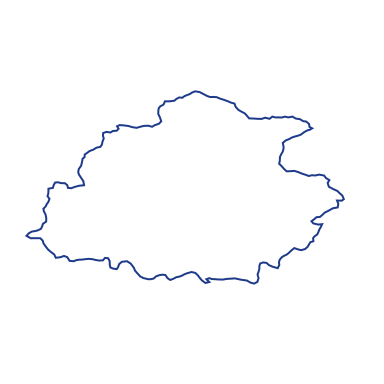 outline of Pitangui, Minas Gerais, Brazil, rotated 285°
{"feature_id": "56859067B91667703036850", "entity_name": "Pitangui", "entity_type": "district", "adm_level": 2, "iso_a3": "BRA", "parent_name": "Brazil", "parent_adm1": "Minas Gerais", "projection": "equal_earth", "projection_center": [-44.886, -19.589], "detail": "fine", "context": "isolated", "style": "outline", "palette": "blue", "viewbox_px": 384, "rotation_deg": 285, "n_neighbors": 0, "source": "geoboundaries", "source_scale": "gbopen_adm2", "svg_char_len": 3576}
<svg xmlns="http://www.w3.org/2000/svg" viewBox="0 0 384 384"><g transform="rotate(285 192 192)"><path d="M224.4,340.5L227.5,338.1L228.8,335.4L230.6,332.2L231.4,327.6L232.5,322.8L235.9,320.7L239.0,321.6L240.2,317.7L242.1,315.3L241.7,310.3L239.9,306.9L239.2,303.4L237.7,300.7L238.0,297.5L238.2,293.4L238.7,289.8L238.9,285.4L237.6,281.8L236.5,278.0L238.2,274.8L240.3,271.7L241.8,268.9L245.2,268.7L248.5,267.9L251.1,268.3L254.5,269.2L257.9,269.2L260.1,268.4L262.9,267.0L266.0,269.1L268.4,272.3L270.4,274.3L272.3,277.1L273.8,279.8L275.7,282.4L278.8,284.8L281.4,287.5L282.8,289.9L284.6,291.6L285.3,288.6L288.0,287.5L289.6,284.1L289.2,281.0L290.3,277.3L289.8,273.3L290.8,269.5L289.0,265.7L288.8,262.1L287.2,259.5L286.5,256.4L285.6,253.1L285.6,250.1L282.8,248.0L282.7,243.4L280.6,240.3L279.6,236.1L278.8,232.0L277.9,228.1L280.1,225.0L281.6,222.6L282.4,219.0L283.3,215.6L285.5,212.2L288.4,210.2L288.4,206.7L288.9,203.4L289.3,199.0L289.5,194.4L290.0,191.4L289.4,188.2L288.4,184.9L288.7,181.5L289.6,177.6L290.5,173.5L290.1,169.1L288.2,166.4L286.0,164.5L284.5,162.3L282.6,159.9L280.5,158.2L280.0,155.1L277.9,152.9L275.6,151.3L273.8,146.9L272.6,142.4L269.1,141.9L266.5,139.2L264.4,138.2L262.0,138.4L258.7,139.2L255.5,141.9L252.3,144.0L249.4,142.4L246.8,138.6L244.7,136.6L244.7,132.7L243.5,128.7L242.0,125.8L239.6,121.8L239.2,117.6L239.3,113.6L238.7,109.0L237.9,104.8L236.1,102.6L234.1,104.7L231.7,103.4L230.4,99.7L228.4,97.9L227.9,93.7L225.9,90.9L223.4,91.4L220.8,92.9L217.3,92.5L214.6,92.7L211.9,91.8L210.1,88.3L207.3,85.6L205.0,82.4L202.9,80.8L200.5,78.7L197.8,79.2L195.8,77.7L192.6,78.0L188.7,78.1L184.9,76.7L181.8,76.9L179.5,78.4L177.2,81.0L174.4,84.2L170.6,86.0L168.8,81.3L166.7,77.6L164.4,74.4L163.9,71.1L166.3,69.8L167.6,67.0L166.7,63.3L166.7,60.1L165.7,57.3L162.7,56.6L160.0,56.6L158.0,52.5L155.7,53.1L153.2,53.6L150.6,53.5L148.5,56.1L145.1,55.8L142.6,54.8L140.2,54.4L137.3,52.8L135.1,53.9L132.4,56.3L129.3,57.9L125.7,58.8L122.7,56.3L119.8,56.1L117.3,55.6L114.9,52.8L113.5,50.2L112.3,47.5L109.8,45.0L106.8,43.5L105.6,48.2L106.9,53.0L108.1,57.3L106.4,60.4L104.1,61.7L101.8,64.4L99.3,67.7L97.6,71.1L96.0,75.1L93.2,77.5L95.0,81.9L97.1,84.9L96.8,88.3L93.8,91.6L94.5,95.6L96.3,98.0L97.4,100.5L98.3,103.4L99.4,106.1L100.6,109.2L101.3,112.8L101.4,116.3L101.7,119.8L102.9,123.6L105.8,125.0L106.3,128.2L103.9,130.4L100.6,131.3L98.0,132.7L97.6,135.6L98.0,139.2L100.2,140.0L103.5,140.3L106.4,142.3L108.3,147.1L107.0,151.3L105.4,153.4L103.6,155.6L101.3,157.3L99.3,160.3L97.0,163.9L96.3,167.4L96.4,172.0L97.2,175.0L98.5,177.4L101.1,179.0L103.2,181.9L104.5,184.8L104.9,187.8L102.5,190.6L101.4,193.7L103.0,196.0L105.7,199.0L107.0,201.7L108.6,204.0L110.4,205.8L112.2,208.2L114.6,212.3L114.7,216.1L113.2,219.0L111.2,221.5L109.2,224.4L107.6,228.5L109.5,232.0L111.5,228.5L113.2,230.9L113.1,233.9L113.8,237.1L114.3,239.9L115.4,244.5L117.1,248.2L118.3,251.8L119.7,255.9L119.9,261.1L120.2,264.1L120.7,267.9L119.6,272.0L119.6,275.7L122.1,278.4L126.0,278.6L129.2,276.7L131.9,276.9L135.0,277.0L138.0,276.2L140.6,276.4L142.4,279.0L142.8,282.4L141.3,285.2L140.7,289.1L140.6,294.5L144.1,295.2L146.6,294.2L149.2,294.2L152.2,295.6L154.0,297.2L155.7,299.3L157.6,300.9L161.1,303.0L164.3,305.3L164.0,309.4L164.1,312.6L166.3,316.1L169.1,317.9L171.3,318.5L174.1,319.3L175.9,322.0L178.8,320.9L181.1,322.0L183.3,323.9L185.7,324.4L188.5,324.7L192.2,325.6L194.6,326.0L193.2,322.3L193.1,317.2L194.7,315.0L197.1,316.9L199.9,318.8L201.0,322.0L203.4,323.7L206.4,325.5L208.5,327.9L210.3,329.8L212.7,332.2L214.8,336.7L218.4,336.4L221.3,334.3L222.4,338.9L224.4,340.5Z" fill="none" stroke="#1e3a8a" stroke-width="2"/></g></svg>